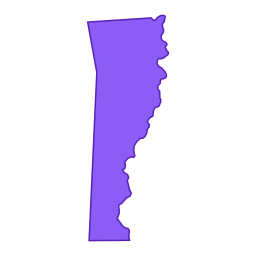 Newton, Texas, United States of America (orthographic projection)
{"feature_id": "52423323B15615503962810", "entity_name": "Newton", "entity_type": "district", "adm_level": 2, "iso_a3": "USA", "parent_name": "United States of America", "parent_adm1": "Texas", "projection": "orthographic", "projection_center": [-93.622, 30.715], "detail": "fine", "context": "isolated", "style": "filled", "palette": "violet", "viewbox_px": 256, "rotation_deg": 0, "n_neighbors": 0, "source": "geoboundaries", "source_scale": "gbopen_adm2", "svg_char_len": 1706}
<svg xmlns="http://www.w3.org/2000/svg" viewBox="0 0 256 256"><path d="M159.7,91.2L158.3,89.9L157.9,88.9L157.8,86.6L158.6,85.0L160.2,83.4L160.3,81.1L161.1,79.3L161.6,78.8L162.1,78.6L162.5,78.8L163.0,79.0L165.4,77.9L166.4,76.6L166.3,74.4L165.0,71.7L161.5,67.8L159.3,66.8L157.8,65.2L157.0,62.9L157.4,60.7L157.8,59.5L158.2,58.8L158.9,58.5L160.3,59.0L163.6,57.9L168.2,54.3L168.3,52.8L168.2,52.1L166.9,50.9L165.3,47.6L165.1,46.7L165.7,46.2L166.5,45.4L167.0,44.3L166.4,43.0L165.3,42.1L163.5,41.3L162.1,40.1L161.2,38.2L161.1,36.7L161.5,34.8L163.2,32.8L163.6,30.8L163.4,29.1L162.5,27.5L162.5,25.7L162.5,24.4L162.7,23.4L163.4,22.5L164.1,22.0L165.2,16.7L164.8,15.9L164.5,15.6L161.7,15.4L160.9,15.6L159.2,16.3L157.4,17.5L155.5,19.9L153.6,20.4L151.5,18.2L151.2,17.9L87.7,22.1L96.8,72.5L89.1,240.6L129.5,240.3L129.1,239.0L128.8,233.7L129.2,232.9L129.3,231.5L128.9,229.8L128.4,229.1L127.7,228.4L126.8,228.2L125.7,228.2L122.7,226.1L118.2,219.9L117.4,219.8L117.1,219.1L119.1,213.6L119.2,210.1L118.6,206.2L118.8,205.4L120.1,204.0L121.3,203.8L122.4,202.6L126.1,198.2L130.1,196.0L131.1,193.5L131.1,192.7L129.5,189.4L127.3,180.7L128.6,177.7L127.7,174.8L125.0,173.1L123.9,172.1L122.4,169.8L124.7,168.6L125.4,165.7L125.0,163.4L125.0,161.6L128.1,158.1L132.2,156.7L132.9,157.1L133.3,157.4L133.9,157.2L134.6,156.3L134.9,155.5L134.6,154.7L134.1,153.5L133.8,149.4L134.2,145.7L136.8,141.5L140.0,138.6L143.4,138.0L145.1,136.3L146.9,132.7L147.0,130.5L147.9,128.2L149.0,127.2L149.3,126.0L149.3,124.6L147.6,122.3L147.3,121.5L149.7,117.8L152.7,116.3L153.3,113.0L153.4,110.8L154.5,108.5L155.7,107.2L157.5,106.9L158.8,106.2L159.1,105.8L160.7,101.7L160.7,99.3L159.8,98.1L159.7,91.2Z" fill="#8b5cf6" stroke="#5b21b6" stroke-width="1.5"/></svg>